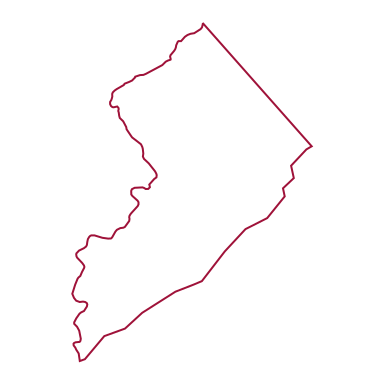 the district of Warren, New Jersey, United States of America
{"feature_id": "52423323B72584796071045", "entity_name": "Warren", "entity_type": "district", "adm_level": 2, "iso_a3": "USA", "parent_name": "United States of America", "parent_adm1": "New Jersey", "projection": "robinson", "projection_center": [-75.098, 40.843], "detail": "fine", "context": "isolated", "style": "outline", "palette": "rose", "viewbox_px": 384, "rotation_deg": 0, "n_neighbors": 0, "source": "geoboundaries", "source_scale": "gbopen_adm2", "svg_char_len": 2087}
<svg xmlns="http://www.w3.org/2000/svg" viewBox="0 0 384 384"><path d="M118.3,107.7L118.4,107.8L118.7,109.0L118.3,110.6L118.4,111.6L118.7,112.2L119.2,115.8L119.8,118.0L123.2,121.3L126.2,127.0L126.6,129.3L130.9,135.7L132.1,137.4L141.0,144.3L142.3,147.0L142.8,148.9L143.3,153.6L142.9,156.6L144.0,158.9L148.7,163.3L155.1,171.4L156.3,173.7L156.7,175.1L156.4,177.4L154.2,179.0L149.3,184.5L149.9,187.2L148.3,188.9L145.7,189.0L144.2,188.0L142.5,187.4L134.6,187.8L131.9,189.2L131.2,190.9L131.3,194.5L132.4,196.0L137.6,200.7L138.5,202.2L138.5,204.4L137.7,206.1L131.7,212.7L130.6,214.0L129.5,215.8L129.2,217.2L129.5,218.9L129.2,221.0L124.9,226.9L123.4,227.7L120.3,228.1L116.9,229.8L115.4,231.6L112.3,237.1L111.3,238.3L110.7,238.5L108.1,238.6L102.4,237.8L94.5,235.4L91.3,235.4L90.2,235.9L89.2,236.9L87.9,239.1L87.3,241.9L86.9,244.9L86.1,246.5L83.9,248.2L79.0,250.6L76.4,253.4L76.2,254.4L76.5,256.4L77.1,257.6L82.3,263.1L84.0,265.5L84.4,266.9L84.1,268.0L82.0,272.0L80.3,276.0L78.6,277.4L78.4,277.6L77.6,278.7L75.2,284.6L72.3,293.8L74.0,297.9L76.2,300.7L79.7,302.0L83.0,301.6L85.2,302.0L86.8,303.1L87.3,304.4L86.9,306.5L84.0,311.0L81.1,312.4L79.5,313.7L76.3,318.3L74.2,322.3L74.2,323.8L77.1,326.8L79.2,330.7L80.8,338.8L80.4,340.9L79.6,341.9L75.6,342.3L74.1,343.0L73.5,343.8L73.7,345.5L75.3,347.6L76.2,349.6L78.7,353.5L79.8,361.0L84.9,359.2L104.3,336.1L125.0,328.6L142.2,312.8L175.4,291.7L193.9,284.5L201.9,281.1L224.8,251.4L245.5,229.1L267.2,218.1L284.7,196.4L283.0,188.3L293.8,178.1L291.1,165.7L306.4,149.4L311.7,146.3L300.1,133.2L202.7,23.0L202.9,23.7L202.0,27.4L200.6,29.1L194.2,33.2L190.5,33.8L187.5,35.0L184.9,36.8L181.1,41.1L178.5,41.1L177.7,41.9L176.2,45.3L175.9,47.3L175.2,49.2L174.1,50.9L170.5,55.2L170.1,56.6L170.7,59.1L170.5,59.7L167.8,60.6L165.7,61.7L162.3,65.1L160.4,66.1L145.8,73.9L143.4,74.9L140.0,75.1L135.2,76.7L135.0,77.5L132.1,80.5L129.2,81.9L124.6,83.7L123.8,85.0L116.7,89.1L114.7,90.5L112.8,92.4L112.2,93.9L112.3,96.6L111.9,98.2L111.4,99.8L110.1,102.0L110.1,104.1L111.0,106.0L112.4,107.1L113.6,107.3L117.2,106.5L118.3,107.7Z" fill="none" stroke="#9f1239" stroke-width="2"/></svg>